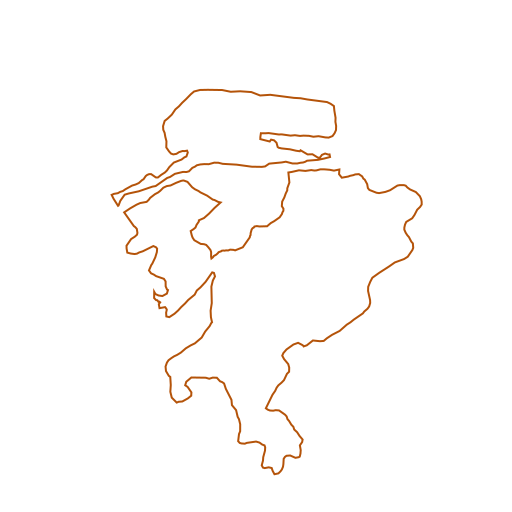 Bani Swayf, Bani Suwayf, Egypt (Mercator projection), rotated 216°
{"feature_id": "37247803B71974120040815", "entity_name": "Bani Swayf", "entity_type": "district", "adm_level": 2, "iso_a3": "EGY", "parent_name": "Egypt", "parent_adm1": "Bani Suwayf", "projection": "mercator", "projection_center": [31.073, 29.092], "detail": "fine", "context": "isolated", "style": "outline", "palette": "amber", "viewbox_px": 512, "rotation_deg": 216, "n_neighbors": 0, "source": "geoboundaries", "source_scale": "gbopen_adm2", "svg_char_len": 6133}
<svg xmlns="http://www.w3.org/2000/svg" viewBox="0 0 512 512"><g transform="rotate(216 256 256)"><path d="M132.8,344.6L133.0,352.7L133.6,355.0L136.5,358.4L138.8,358.9L143.4,361.2L145.7,361.7L148.6,362.8L151.5,364.5L152.7,366.2L153.9,369.0L154.5,371.9L151.8,378.3L151.9,382.3L152.8,388.2L152.1,392.1L152.2,395.0L153.9,397.3L155.7,399.0L158.6,400.7L164.3,401.7L170.5,400.4L173.9,400.4L176.2,400.9L177.9,400.3L181.3,397.9L183.0,396.1L186.2,388.0L189.0,383.9L193.4,379.2L195.7,378.0L203.1,376.1L205.4,376.7L208.3,379.5L212.9,381.7L214.6,381.7L216.9,382.8L220.9,382.7L223.7,380.3L224.8,378.6L227.0,376.2L228.1,374.5L232.6,369.8L236.9,371.0L239.4,375.0L243.1,370.9L247.0,369.1L251.3,366.5L254.9,363.9L257.5,360.7L259.1,359.4L261.8,358.0L266.0,353.9L271.6,350.6L276.5,345.0L278.9,342.6L272.2,335.1L270.5,329.2L269.3,327.5L268.7,324.1L267.5,320.0L266.8,315.4L264.4,311.5L261.6,310.4L260.4,308.6L260.3,306.9L259.7,305.2L259.6,301.2L261.8,294.8L263.4,291.3L264.5,286.6L270.6,281.9L272.9,280.7L274.6,278.9L274.5,277.8L275.1,276.6L275.1,274.9L273.8,271.4L272.7,269.7L272.6,268.6L272.0,267.4L271.8,255.3L276.2,248.3L277.9,247.7L280.7,245.9L281.8,244.1L283.5,243.0L284.6,241.8L285.7,241.2L286.9,240.0L286.9,239.4L288.5,237.1L288.5,235.9L289.0,233.6L290.1,231.3L290.1,229.6L290.6,227.8L291.8,228.9L294.7,232.9L296.4,234.1L299.9,235.1L302.8,235.7L305.0,235.0L307.8,233.3L315.2,232.5L318.1,233.6L319.9,234.8L323.5,237.8L322.3,241.1L321.7,243.4L322.4,246.3L322.5,250.3L323.2,251.3L320.4,256.1L318.9,262.7L317.8,270.5L316.1,278.5L318.5,277.5L322.5,276.9L324.2,276.2L331.0,276.1L338.4,274.8L340.7,274.8L344.6,274.1L348.1,274.1L355.0,275.7L358.5,274.7L359.3,274.3L360.7,272.8L363.6,268.3L366.6,262.8L369.3,260.1L371.1,256.8L371.8,252.4L372.5,249.9L374.1,246.6L375.8,240.8L375.8,238.4L376.3,235.5L380.8,230.8L382.8,227.3L385.8,220.6L388.3,213.8L372.4,208.4L370.7,208.4L368.4,207.9L365.5,205.0L364.8,203.3L365.4,200.4L367.0,196.3L366.8,188.2L365.1,186.0L362.1,183.1L358.7,184.4L355.4,186.2L353.7,187.9L352.6,190.2L350.4,193.2L344.9,203.7L342.0,204.3L340.3,203.8L338.5,200.9L336.7,195.7L335.4,188.8L335.4,187.1L334.1,181.4L330.7,180.3L327.8,180.9L325.0,181.0L317.1,183.4L314.2,182.3L311.2,178.3L308.3,176.6L307.2,176.7L306.0,173.2L308.2,168.6L311.6,166.8L315.0,166.1L317.3,167.2L313.7,162.1L310.9,161.6L309.8,162.2L308.0,161.6L307.5,162.2L306.3,162.2L306.3,159.9L303.4,157.1L299.5,161.2L297.7,160.7L296.6,160.1L295.4,157.3L293.0,154.4L290.2,155.6L288.0,161.4L287.0,166.1L286.5,170.7L285.5,175.9L285.0,180.6L282.9,188.7L283.6,193.3L282.5,197.9L281.6,205.5L281.8,217.0L280.1,217.6L277.2,215.4L276.5,210.8L274.1,205.0L264.1,191.9L260.6,185.1L256.5,180.0L252.6,176.5L252.8,175.6L252.3,172.0L252.7,165.0L252.0,158.1L254.1,149.4L256.3,145.3L258.5,140.1L260.0,133.7L261.7,129.6L263.3,126.7L264.4,123.8L265.5,120.3L265.4,117.4L264.2,113.4L261.2,110.0L256.1,107.8L254.3,107.8L249.1,101.5L245.5,95.8L240.9,91.9L234.0,90.8L232.9,92.6L230.1,95.0L227.4,100.8L226.3,104.9L228.1,107.7L234.4,109.9L237.3,109.8L238.5,113.3L236.9,119.7L225.1,128.0L221.7,129.2L219.5,132.2L216.1,134.5L211.5,133.5L209.2,134.1L206.9,134.1L202.3,130.8L191.3,125.2L187.8,121.2L181.5,119.6L176.3,115.1L173.9,114.0L169.9,110.6L165.8,104.9L165.1,102.0L161.6,95.7L159.3,95.2L157.6,95.8L154.7,97.6L153.6,99.4L146.9,105.9L143.5,107.1L140.1,107.1L137.8,107.8L136.1,106.6L134.3,103.8L131.9,97.5L130.1,94.6L128.3,90.0L126.0,88.9L124.3,89.5L121.5,92.5L118.7,93.7L116.3,92.0L112.8,90.3L110.1,93.3L109.6,96.2L109.6,98.5L110.3,101.4L111.5,103.7L114.4,108.2L114.5,110.5L113.9,112.3L111.1,114.7L105.5,115.9L103.2,118.3L102.7,119.4L103.9,122.3L105.7,125.2L109.2,128.6L109.3,132.6L110.4,134.9L115.0,136.0L119.1,137.6L123.1,138.1L125.4,139.8L128.3,140.3L132.3,142.0L134.6,142.5L136.9,144.2L139.2,144.7L146.6,144.6L149.5,142.8L151.1,141.0L153.9,139.2L156.2,138.6L158.5,138.6L161.1,153.5L161.2,158.1L161.9,161.6L161.9,164.5L160.9,168.5L160.4,172.0L161.7,178.9L161.2,181.8L163.5,185.2L166.4,187.5L172.7,189.1L176.2,190.8L176.8,193.6L176.4,198.3L173.7,206.4L170.9,210.5L166.4,211.2L164.8,211.2L164.3,210.9L162.4,213.6L160.3,221.1L154.1,224.7L151.3,227.1L150.3,231.1L148.1,237.0L144.3,244.5L142.2,253.8L140.6,257.9L139.5,262.0L135.8,272.4L135.8,274.7L134.8,278.8L134.8,281.7L136.0,285.1L137.8,287.4L144.8,293.6L147.1,297.0L148.4,302.2L149.1,306.8L146.4,314.9L142.1,326.0L139.9,332.4L134.4,340.6L132.8,344.6ZM408.7,220.6L404.9,218.6L397.1,215.5L396.9,216.1L398.2,220.9L398.3,228.4L395.7,231.8L388.9,239.4L380.6,251.2L378.3,253.6L373.7,267.0L372.0,269.4L369.9,274.8L364.5,281.1L361.6,283.1L360.0,285.1L359.3,289.9L357.9,292.4L357.2,294.6L354.9,297.3L351.8,300.0L348.2,302.5L344.7,306.9L341.3,309.3L337.1,311.0L325.4,318.5L312.0,325.7L303.6,331.6L301.3,333.8L299.6,338.5L290.2,346.8L287.3,349.8L280.9,352.3L277.1,355.0L274.9,357.5L272.8,359.4L271.6,361.1L270.7,363.1L262.4,370.2L257.9,375.2L254.3,379.6L256.2,381.4L257.1,380.6L260.3,379.5L262.1,376.6L262.1,373.2L263.6,372.0L270.1,371.5L274.0,368.5L282.1,367.7L282.1,366.5L285.5,364.7L291.2,362.3L298.5,358.1L301.3,356.9L302.5,356.9L306.0,359.7L309.4,360.2L312.2,359.0L312.2,356.7L321.2,353.1L322.4,354.8L324.2,358.2L320.8,360.6L318.0,362.9L309.0,367.7L306.7,369.5L298.8,373.7L295.5,376.6L291.0,379.0L288.2,381.4L283.7,384.4L279.7,386.2L275.8,389.7L269.6,392.7L266.8,394.5L264.6,398.0L264.6,401.5L265.3,404.9L267.6,408.3L270.6,411.2L272.9,414.6L278.1,419.7L281.1,423.1L285.1,423.0L289.0,422.3L306.5,412.8L312.7,409.8L318.3,406.2L339.2,394.8L347.0,388.3L356.1,385.9L365.7,379.9L373.0,374.0L380.9,370.4L392.7,362.1L398.9,357.4L402.8,352.7L403.8,348.6L404.8,341.7L405.8,336.5L406.3,331.8L407.4,327.2L407.2,320.9L408.3,315.1L409.3,311.6L407.5,306.4L405.2,303.6L402.3,301.9L399.4,299.1L395.9,296.2L392.4,291.1L387.8,289.5L384.9,288.9L382.6,289.6L380.4,291.9L379.3,294.8L377.1,297.8L375.4,298.9L373.7,300.7L372.0,299.6L370.8,295.6L371.9,293.8L372.9,290.3L377.4,283.3L378.4,276.9L378.3,272.9L378.8,270.0L380.4,265.9L381.5,261.9L383.2,260.7L388.9,260.6L390.6,259.4L391.7,257.6L392.2,255.9L392.1,251.9L392.7,250.7L393.7,246.1L395.4,243.1L397.6,240.2L400.9,233.2L401.9,230.3L403.6,228.0L404.7,225.6L407.5,222.7L408.7,220.6Z" fill="none" stroke="#b45309" stroke-width="2"/></g></svg>